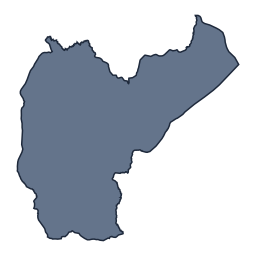 Si Mueang Mai, Ubon Ratchathani, Thailand (Natural Earth projection)
{"feature_id": "78962969B56370266169267", "entity_name": "Si Mueang Mai", "entity_type": "district", "adm_level": 2, "iso_a3": "THA", "parent_name": "Thailand", "parent_adm1": "Ubon Ratchathani", "projection": "natural_earth1", "projection_center": [105.345, 15.559], "detail": "fine", "context": "isolated", "style": "filled", "palette": "slate", "viewbox_px": 256, "rotation_deg": 0, "n_neighbors": 0, "source": "geoboundaries", "source_scale": "gbopen_adm2", "svg_char_len": 5616}
<svg xmlns="http://www.w3.org/2000/svg" viewBox="0 0 256 256"><path d="M238.7,64.5L234.8,57.5L228.8,51.7L227.3,48.9L226.5,47.0L225.2,42.2L225.0,39.9L224.4,36.9L222.8,32.5L219.2,29.7L216.3,28.1L209.7,25.0L204.6,23.5L202.5,22.2L201.9,21.4L200.9,17.9L200.4,17.0L199.8,16.3L198.0,15.4L195.3,15.4L195.5,16.1L196.6,17.1L196.4,18.3L196.9,20.2L196.2,22.0L196.4,24.0L195.9,25.0L194.8,26.0L193.7,28.5L194.0,31.2L193.8,32.1L193.4,32.3L193.8,32.9L193.5,33.3L193.6,33.9L193.2,33.8L193.4,34.8L192.9,36.3L193.0,37.9L192.5,38.2L192.6,39.2L192.2,40.0L191.8,40.2L191.2,41.3L191.3,42.6L190.5,43.9L189.7,44.7L189.7,45.2L189.9,45.7L189.4,46.5L188.1,46.7L187.8,47.2L187.3,46.7L186.7,46.9L186.2,47.6L186.5,48.3L186.4,49.0L185.5,50.1L180.4,52.2L179.1,52.0L178.1,51.4L177.4,50.1L176.9,49.8L175.5,50.4L172.9,50.8L170.3,49.8L169.5,49.9L164.8,54.4L163.3,55.5L162.0,55.9L159.6,56.0L158.2,55.6L156.5,54.6L155.4,54.5L153.4,55.1L150.9,56.4L145.3,55.2L144.7,55.3L140.5,59.6L140.1,60.2L138.6,67.6L138.0,69.3L137.5,71.6L136.7,72.8L136.2,75.4L132.6,77.7L128.9,78.2L128.8,79.5L129.0,82.7L128.6,83.6L128.1,83.3L127.2,81.0L124.3,80.6L122.1,77.6L121.2,77.3L118.9,78.1L117.7,77.9L116.9,77.1L116.3,75.4L116.0,75.2L112.9,75.2L109.9,71.7L108.4,66.2L108.5,65.4L108.2,64.2L106.7,62.9L102.9,61.3L101.7,59.4L100.4,58.4L99.1,57.9L95.9,57.4L94.7,56.6L94.7,55.7L95.5,54.4L95.3,53.1L94.9,52.6L93.9,52.3L93.5,51.3L92.4,50.4L92.2,49.2L92.1,47.7L91.3,47.4L89.4,45.8L89.8,45.4L89.7,45.0L89.4,44.8L89.7,43.9L88.4,42.2L88.6,41.7L88.4,40.9L87.7,40.4L86.6,40.5L85.9,41.3L85.2,40.7L84.5,41.2L84.0,41.2L83.8,42.0L83.1,42.6L82.1,42.1L81.9,42.6L81.3,42.4L80.5,43.2L80.7,44.2L80.2,45.0L79.2,44.4L78.9,43.8L78.7,43.9L78.2,43.3L77.7,43.2L77.7,42.7L77.2,42.2L77.2,42.8L76.9,42.7L76.5,43.4L75.8,43.8L75.0,43.5L74.6,44.1L73.8,44.4L74.0,45.2L73.6,45.2L73.6,45.6L73.1,45.7L73.1,46.4L72.4,46.6L72.0,46.2L71.3,47.0L69.6,46.5L69.3,47.7L67.9,48.6L67.1,49.9L66.3,49.0L66.1,49.1L66.3,49.5L66.1,49.5L65.8,48.8L65.5,48.9L65.3,48.7L65.2,49.1L65.4,49.4L64.6,49.7L64.7,50.0L64.5,50.3L64.2,50.2L64.1,49.8L63.6,49.8L63.5,49.4L63.0,49.0L62.7,49.0L62.5,48.5L62.1,48.3L61.8,47.7L61.9,47.2L61.5,46.5L60.5,45.9L59.6,44.3L59.0,43.9L58.4,43.9L57.6,43.2L57.8,42.7L57.4,42.2L57.5,41.7L57.0,41.7L56.9,41.2L56.1,40.5L56.2,40.2L54.0,40.9L53.7,40.2L53.1,40.0L53.0,39.4L51.6,40.2L51.6,39.7L51.2,39.7L50.9,39.3L51.2,38.7L50.6,38.3L51.0,37.9L50.9,37.6L50.6,37.6L50.5,36.7L50.1,36.8L49.9,36.5L49.6,36.8L48.5,36.9L48.2,37.2L47.5,37.0L46.8,38.4L45.6,39.6L45.5,40.5L47.0,42.3L48.5,43.2L49.5,44.3L51.2,49.7L52.2,51.6L50.4,52.7L48.9,52.1L46.9,52.6L44.3,52.5L42.7,53.0L41.8,53.6L39.0,56.5L38.1,58.5L34.6,64.1L33.6,66.5L30.5,70.6L29.4,73.3L27.2,79.5L25.4,83.6L21.3,89.3L20.4,91.2L20.3,93.2L20.8,94.7L23.3,98.7L23.6,100.2L24.5,101.5L24.2,101.8L24.3,102.7L23.8,103.2L24.0,104.6L23.8,105.7L23.2,106.7L21.8,108.1L21.3,110.1L21.4,115.4L21.2,118.8L22.1,123.4L22.1,127.5L22.5,130.5L21.7,144.6L22.8,149.1L22.0,152.1L18.4,159.6L17.8,161.9L17.4,166.2L17.5,169.4L17.3,171.0L18.5,172.7L19.6,176.0L20.2,177.0L20.8,178.8L22.6,181.7L23.8,182.4L23.9,183.0L24.5,183.3L26.2,185.7L26.4,186.6L30.7,188.8L32.4,189.1L32.6,189.7L33.1,189.7L33.7,190.3L33.9,191.5L34.7,192.4L34.7,192.9L35.3,193.4L35.5,193.4L36.2,194.1L36.5,196.3L36.8,196.3L36.6,197.6L34.0,200.7L33.8,201.5L34.5,202.9L34.6,204.9L34.4,206.8L33.8,208.3L35.1,208.9L36.7,208.9L38.1,210.4L38.0,212.5L37.7,213.3L38.2,213.6L37.8,215.4L37.9,217.8L38.6,220.0L44.2,227.8L44.9,229.1L45.6,232.0L47.5,234.6L47.7,236.5L47.5,236.9L49.9,238.3L51.9,238.5L52.4,239.0L55.2,238.9L57.8,239.1L61.2,238.7L61.6,237.0L62.9,236.5L65.1,236.6L67.3,234.7L68.9,232.2L71.4,231.7L72.0,230.9L72.5,230.9L74.7,232.6L79.0,233.4L80.1,235.1L81.2,236.1L84.6,238.4L87.4,239.8L89.3,239.8L92.0,239.2L94.2,239.1L96.4,239.6L98.0,239.5L100.0,240.2L103.4,240.6L108.1,238.1L109.4,238.4L109.7,237.4L110.5,236.7L111.4,236.8L111.9,236.4L113.0,237.1L115.3,237.4L116.3,237.0L118.5,235.0L122.9,233.8L123.1,233.4L122.8,231.8L122.4,231.9L122.2,231.5L121.8,231.6L121.1,230.7L120.6,230.8L120.6,230.3L120.3,230.4L119.9,230.1L119.5,228.3L118.7,227.7L118.8,227.1L118.3,226.6L118.1,225.7L117.6,225.2L117.7,224.8L117.5,224.5L117.0,224.7L117.0,224.3L116.1,223.7L115.8,223.0L116.2,222.0L116.3,220.3L116.0,218.5L116.6,217.4L116.4,217.1L116.7,215.7L116.1,214.4L116.2,212.1L115.9,210.3L116.1,209.1L116.6,208.8L116.8,208.0L116.8,207.4L116.4,206.5L116.6,206.1L116.4,205.3L117.2,204.9L117.8,203.7L119.0,203.5L118.9,203.0L120.1,200.7L120.1,199.6L120.7,199.1L121.1,198.1L121.1,197.5L120.7,197.4L120.9,197.3L120.9,196.2L121.3,195.3L121.3,194.6L121.5,194.0L120.7,193.6L120.7,193.0L120.5,192.8L120.7,192.2L120.0,191.2L119.9,189.8L119.2,189.1L118.7,189.0L118.7,188.6L118.4,188.6L118.4,187.7L118.0,187.3L117.2,183.6L116.9,183.4L117.0,182.5L116.4,182.2L115.1,180.9L112.7,179.7L112.4,179.2L112.3,178.8L112.7,178.0L113.3,177.2L113.8,175.0L114.3,174.0L115.3,172.8L120.1,173.3L120.5,173.2L120.9,172.6L121.3,172.8L122.6,172.4L123.0,172.8L123.7,172.5L124.3,172.8L125.5,172.2L125.7,171.8L126.6,171.9L126.8,172.3L127.7,173.0L128.2,172.4L128.4,170.3L128.3,169.8L130.4,167.7L130.7,167.1L130.3,165.6L130.5,164.4L130.4,164.0L131.0,163.6L132.0,162.0L131.4,160.3L131.6,158.8L131.3,158.7L131.2,157.6L132.5,154.3L132.2,153.2L132.7,152.5L133.0,151.4L134.2,150.4L134.9,150.2L139.0,150.1L139.9,149.8L140.4,150.0L141.1,150.7L141.6,150.7L141.5,151.0L145.5,152.1L147.1,152.3L149.9,151.5L156.1,146.0L161.9,138.7L163.6,135.9L165.3,132.3L167.2,130.0L167.2,129.5L167.7,129.2L168.2,128.4L169.4,125.5L169.7,123.8L170.6,122.2L176.0,118.7L177.5,118.1L182.8,114.4L184.9,112.0L194.3,104.3L204.2,97.2L213.2,90.3L219.5,84.7L238.7,64.5Z" fill="#64748b" stroke="#1e293b" stroke-width="1.5"/></svg>